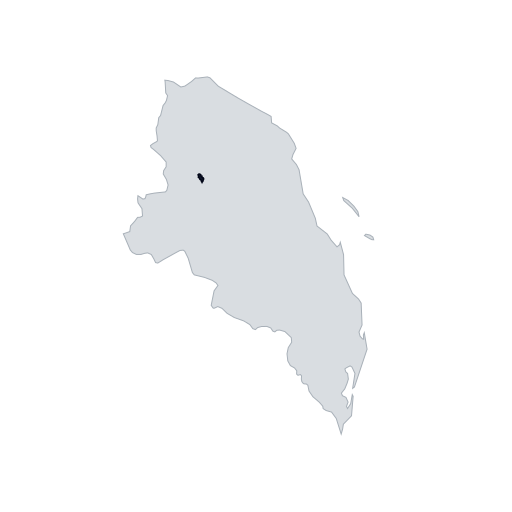 Ajuterique, Comayagua, Honduras shown in context, rotated 69°
{"feature_id": "27666195B64266786808273", "entity_name": "Ajuterique", "entity_type": "district", "adm_level": 2, "iso_a3": "HND", "parent_name": "Honduras", "parent_adm1": "Comayagua", "projection": "mercator", "projection_center": [-87.72, 14.397], "detail": "fine", "context": "in_parent", "style": "filled", "palette": "ink", "viewbox_px": 512, "rotation_deg": 69, "n_neighbors": 0, "source": "geoboundaries", "source_scale": "gbopen_adm2", "svg_char_len": 3692}
<svg xmlns="http://www.w3.org/2000/svg" viewBox="0 0 512 512"><g transform="rotate(69 256 256)"><path d="M452.8,240.3L436.5,239.3L428.8,241.4L425.4,245.9L422.5,248.0L420.1,247.5L415.2,249.3L407.8,253.3L401.1,254.9L395.2,253.9L393.5,254.9L393.0,256.2L392.1,257.5L389.8,258.2L387.2,257.8L384.2,256.4L382.6,257.0L382.4,259.6L380.8,260.4L377.8,259.1L374.4,260.1L370.6,263.2L365.3,263.9L358.4,262.1L353.1,258.7L349.3,253.6L344.8,252.3L336.9,256.1L333.6,260.5L332.8,263.2L333.6,265.6L332.2,267.2L328.5,268.0L325.7,271.0L323.8,276.1L323.4,280.1L324.5,282.9L322.7,285.0L317.9,286.3L312.2,290.7L305.7,298.3L299.2,303.5L292.7,306.5L289.5,309.8L289.8,313.5L289.4,314.6L288.1,315.0L286.0,315.5L273.5,307.6L269.9,302.1L266.8,302.9L262.9,305.7L257.4,311.9L251.5,320.4L248.6,321.3L233.8,320.1L226.0,320.8L224.4,321.9L223.6,325.0L224.1,329.2L226.2,344.1L227.4,350.2L226.2,352.1L222.2,352.4L217.1,353.2L214.3,356.0L213.6,358.9L213.3,362.9L211.7,367.1L208.5,370.1L205.3,371.2L187.7,371.9L188.0,365.1L182.9,362.3L180.0,356.6L177.5,352.7L178.3,350.4L178.0,347.6L170.9,345.5L164.1,347.1L160.3,346.1L157.4,344.6L162.3,341.2L162.7,339.1L161.1,337.6L159.5,336.6L160.0,332.8L160.9,328.2L163.7,317.6L162.7,315.7L158.2,312.6L152.5,312.2L146.2,313.2L143.2,311.6L140.5,307.9L136.1,306.2L128.1,309.1L119.7,313.5L117.1,315.1L115.0,314.9L114.1,311.6L113.6,307.7L113.1,306.7L108.6,305.4L103.4,304.3L100.7,303.3L98.2,300.6L92.0,297.2L90.6,294.7L82.2,288.8L80.5,285.9L78.6,283.8L74.6,281.1L71.4,281.8L60.8,278.4L59.2,278.1L60.7,275.2L64.0,270.7L71.3,265.6L71.9,261.5L70.0,253.7L68.1,248.6L69.1,246.4L71.4,237.2L73.2,235.1L83.7,230.5L84.7,229.8L93.0,223.3L102.2,216.1L111.8,208.2L122.5,199.3L128.4,194.1L131.1,191.9L137.3,193.7L142.2,189.5L145.0,188.1L151.5,183.1L153.6,182.0L164.5,179.9L169.9,180.0L174.5,185.1L178.2,187.9L185.1,185.5L190.9,184.9L214.9,189.7L224.5,187.6L242.0,187.1L249.9,188.3L261.0,181.6L268.1,180.2L276.5,177.1L275.4,173.9L273.4,172.4L286.2,173.8L305.2,180.6L325.5,179.4L332.9,175.7L337.6,174.7L358.4,181.7L363.9,187.1L368.1,187.6L371.4,186.4L372.3,185.3L368.3,184.1L366.4,182.4L382.8,185.7L413.6,211.1L414.2,213.2L401.1,205.7L394.1,206.2L392.3,207.5L392.7,211.6L393.3,213.5L396.3,213.7L398.5,212.6L404.0,213.9L407.6,216.7L411.9,220.8L414.6,225.4L417.4,225.4L420.2,222.7L425.4,222.4L428.8,225.4L431.2,225.2L427.8,220.5L419.9,215.8L421.8,215.6L439.4,224.1L444.3,234.7L448.5,237.1L452.8,240.3ZM245.9,149.0L235.7,154.2L232.5,154.1L237.2,150.1L244.7,146.7L251.1,145.0L256.3,145.7L245.9,149.0ZM280.7,143.5L275.8,147.4L275.0,145.6L277.3,142.1L280.2,140.1L283.0,140.3L282.4,141.8L280.7,143.5Z" fill="#d9dde1" stroke="#a8b0b8" stroke-width="1"/><path d="M159.0,279.8L159.1,280.2L159.3,280.7L159.4,281.0L159.6,281.0L159.8,280.9L160.0,280.9L160.1,281.0L160.4,281.0L160.5,281.1L160.9,281.1L161.1,281.1L161.5,281.2L161.5,281.3L161.7,281.5L161.8,281.5L162.0,281.6L162.3,281.3L162.4,281.2L162.5,281.1L162.8,281.0L164.3,280.9L164.5,280.8L164.6,280.7L164.8,280.6L165.0,280.3L165.2,280.2L165.3,280.1L165.5,280.0L165.9,280.1L166.0,280.1L166.3,280.2L166.5,280.2L166.8,280.2L167.0,280.2L167.3,280.2L167.5,280.1L167.6,279.9L167.8,279.9L167.7,279.8L167.7,279.7L167.5,279.4L167.4,279.3L167.4,279.2L167.3,278.9L166.7,278.5L165.5,277.4L165.4,277.4L165.3,277.2L165.2,277.2L164.9,277.2L164.7,277.2L164.6,277.3L164.5,277.2L164.4,277.2L164.3,277.3L164.1,277.3L163.9,277.5L163.7,277.8L163.4,277.9L163.2,277.9L163.2,278.0L162.9,278.2L162.9,278.3L162.7,278.4L162.4,278.5L162.3,278.4L162.3,278.5L162.2,278.5L161.9,278.5L161.7,278.6L161.4,278.7L161.2,278.5L160.9,278.5L160.8,278.4L160.7,278.4L160.4,278.5L160.2,278.5L159.9,278.8L159.7,278.9L159.5,279.0L159.4,279.1L159.0,279.8Z" fill="#0f172a" stroke="#020617" stroke-width="1.5"/></g></svg>